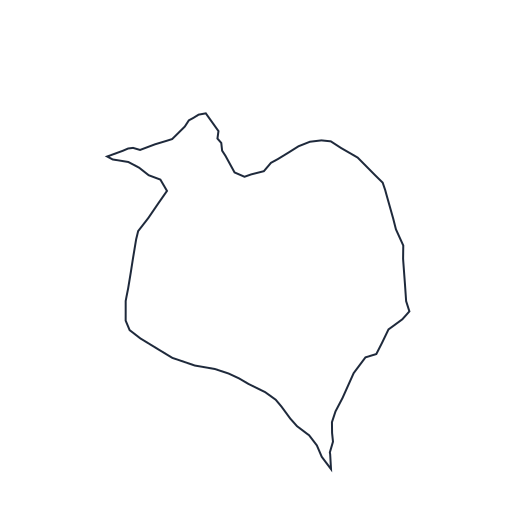 Isin, Kwara, Nigeria, rotated 213°
{"feature_id": "59680162B97277051818349", "entity_name": "Isin", "entity_type": "district", "adm_level": 2, "iso_a3": "NGA", "parent_name": "Nigeria", "parent_adm1": "Kwara", "projection": "robinson", "projection_center": [5.07, 8.257], "detail": "fine", "context": "isolated", "style": "outline", "palette": "slate", "viewbox_px": 512, "rotation_deg": 213, "n_neighbors": 0, "source": "geoboundaries", "source_scale": "gbopen_adm2", "svg_char_len": 1309}
<svg xmlns="http://www.w3.org/2000/svg" viewBox="0 0 512 512"><g transform="rotate(213 256 256)"><path d="M77.0,118.1L85.8,130.1L87.1,131.5L90.3,142.2L95.8,149.0L101.8,158.0L104.7,169.0L106.1,184.0L110.3,211.0L109.0,230.6L101.7,239.3L103.0,251.7L104.9,266.6L98.8,282.6L97.2,293.1L105.5,299.9L114.9,312.4L129.8,332.0L131.2,333.9L138.2,345.0L153.2,354.6L161.2,362.0L179.9,378.4L183.6,381.7L189.7,386.5L200.0,388.6L224.3,393.9L226.3,393.8L243.5,392.9L255.7,392.9L264.1,388.6L273.0,381.2L280.1,371.2L284.9,360.8L290.5,349.1L294.2,342.3L295.6,331.4L304.5,321.8L308.8,316.2L319.5,314.4L336.0,323.3L341.8,325.9L346.7,331.9L352.3,333.5L355.5,340.3L375.8,348.3L381.1,343.3L383.9,337.4L386.2,333.2L386.2,325.8L390.0,308.4L393.8,303.8L401.5,294.7L411.0,281.8L418.0,279.7L421.8,276.5L425.0,271.7L435.0,258.4L428.8,258.9L414.3,265.3L402.1,266.4L390.0,265.3L377.8,268.0L366.1,262.1L366.6,247.2L367.0,229.2L368.4,212.7L365.6,204.7L357.7,186.6L352.1,174.1L345.5,159.0L342.8,152.2L340.8,147.3L334.5,137.6L330.1,130.8L321.6,125.0L308.1,123.9L286.5,124.5L270.6,125.0L267.5,125.8L247.7,130.8L229.0,138.8L215.0,142.5L203.7,144.1L192.5,144.6L177.5,146.4L174.3,146.8L161.2,146.2L152.7,143.6L138.7,138.3L128.9,135.6L116.2,134.7L113.9,134.6L101.8,130.3L91.5,123.4L77.0,118.1Z" fill="none" stroke="#1e293b" stroke-width="2"/></g></svg>